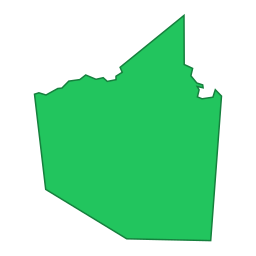 Walker, Texas, United States of America (Albers equal-area conic projection)
{"feature_id": "52423323B95540408919203", "entity_name": "Walker", "entity_type": "district", "adm_level": 2, "iso_a3": "USA", "parent_name": "United States of America", "parent_adm1": "Texas", "projection": "albers", "projection_center": [-95.561, 30.781], "detail": "fine", "context": "isolated", "style": "filled", "palette": "green", "viewbox_px": 256, "rotation_deg": 0, "n_neighbors": 0, "source": "geoboundaries", "source_scale": "gbopen_adm2", "svg_char_len": 488}
<svg xmlns="http://www.w3.org/2000/svg" viewBox="0 0 256 256"><path d="M184.0,15.4L120.1,67.3L122.2,72.3L116.0,76.2L116.0,79.7L107.3,81.4L103.2,77.7L96.0,79.3L85.7,75.0L79.8,79.6L68.8,81.1L61.9,88.1L57.8,88.5L46.0,95.0L38.9,92.8L34.5,94.2L45.7,189.4L126.7,238.8L210.7,240.6L221.5,96.1L215.3,89.7L212.9,97.2L202.1,98.8L197.4,96.9L199.1,89.8L197.2,86.5L203.1,87.8L202.7,84.9L196.8,83.0L190.9,75.8L192.6,68.4L184.2,64.5L184.0,15.4Z" fill="#22c55e" stroke="#15803d" stroke-width="1.5"/></svg>